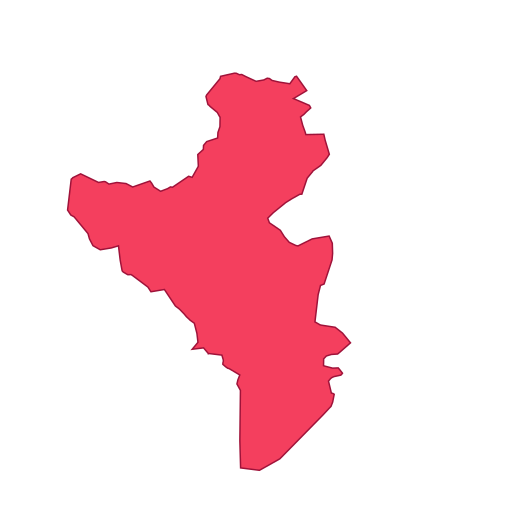 outline of Jaba, Kaduna, Nigeria, rotated 322°
{"feature_id": "59680162B63355484795141", "entity_name": "Jaba", "entity_type": "district", "adm_level": 2, "iso_a3": "NGA", "parent_name": "Nigeria", "parent_adm1": "Kaduna", "projection": "mercator", "projection_center": [8.036, 9.475], "detail": "fine", "context": "isolated", "style": "filled", "palette": "rose", "viewbox_px": 512, "rotation_deg": 322, "n_neighbors": 0, "source": "geoboundaries", "source_scale": "gbopen_adm2", "svg_char_len": 2485}
<svg xmlns="http://www.w3.org/2000/svg" viewBox="0 0 512 512"><g transform="rotate(322 256 256)"><path d="M390.3,173.0L390.8,170.2L382.4,155.0L397.8,156.9L398.6,139.3L397.0,138.7L388.7,141.1L381.4,133.3L376.7,127.5L375.9,124.5L374.3,122.8L370.6,122.1L363.6,118.4L358.5,108.5L356.5,104.2L354.5,102.9L353.0,99.9L351.5,98.6L349.5,97.7L344.7,95.4L338.7,92.6L336.8,94.1L316.3,98.7L314.8,99.5L314.7,99.7L311.9,105.9L311.4,107.1L311.5,107.3L311.8,108.4L311.9,109.9L313.9,119.1L313.1,124.0L313.2,124.3L313.1,124.6L307.2,131.9L302.1,135.2L298.4,139.4L287.6,135.5L282.8,136.5L280.1,139.6L272.6,140.2L265.8,149.8L254.1,154.7L252.0,151.7L232.4,150.4L231.8,149.6L231.1,148.9L227.9,148.5L227.2,148.3L220.7,146.3L218.0,138.8L218.6,134.4L218.6,131.6L201.3,125.7L198.2,118.9L191.6,112.4L184.4,108.8L183.1,104.9L182.2,103.8L177.2,101.1L168.4,83.3L159.9,81.5L158.9,81.7L158.4,81.7L157.7,81.7L135.8,103.8L135.3,109.7L136.8,113.2L137.4,134.9L135.3,140.0L133.9,147.5L137.1,155.2L147.0,160.6L153.9,163.3L146.4,175.7L142.4,183.3L141.4,185.3L141.5,186.9L143.4,191.7L143.7,192.0L146.1,193.7L146.6,195.1L151.7,213.9L151.2,219.5L163.2,226.0L161.7,245.8L162.8,249.9L163.1,251.4L163.4,254.6L163.7,257.3L163.8,261.0L163.9,261.6L164.4,264.7L164.5,265.8L166.0,271.0L161.8,280.6L157.1,288.3L148.3,290.2L158.1,296.1L158.4,303.2L158.2,303.7L159.1,304.1L168.1,313.1L166.4,317.4L165.6,318.7L164.2,319.8L163.2,320.9L163.2,321.1L163.9,324.7L164.6,327.0L165.5,328.2L170.0,339.8L165.4,342.5L162.2,345.1L161.0,352.3L129.5,391.7L113.4,413.5L126.8,427.0L149.9,430.5L210.7,422.5L220.1,421.0L221.8,420.8L222.5,420.7L226.5,418.3L232.5,413.1L232.0,411.7L231.8,411.4L231.0,410.4L236.1,399.2L239.3,398.5L240.3,398.5L240.9,398.5L242.6,398.9L243.1,399.0L249.5,402.1L250.6,402.0L252.0,401.6L252.0,397.0L251.9,394.8L247.7,391.8L247.4,391.6L242.4,385.1L241.7,384.0L246.0,378.7L249.9,378.1L254.8,380.0L255.7,380.6L260.0,383.5L263.1,383.4L277.0,382.6L276.7,370.0L274.5,360.9L266.4,352.3L264.9,350.7L264.1,349.7L261.9,344.2L270.9,335.1L281.2,324.7L288.7,318.9L292.4,320.0L313.5,305.9L318.0,301.1L324.0,292.9L325.9,285.3L310.8,277.1L297.7,274.4L295.3,273.9L293.9,272.3L290.6,265.7L290.2,258.3L291.0,250.7L287.0,238.1L288.5,233.4L296.5,232.5L312.3,232.2L319.2,232.9L328.5,234.3L330.2,235.5L344.2,226.2L352.7,224.3L353.4,224.0L362.9,224.5L372.6,222.3L376.4,221.0L381.8,207.3L384.4,201.8L370.0,191.0L370.9,189.0L373.3,181.7L376.7,173.8L380.7,173.9L381.6,173.8L384.5,173.4L390.3,173.0Z" fill="#f43f5e" stroke="#9f1239" stroke-width="1.5"/></g></svg>